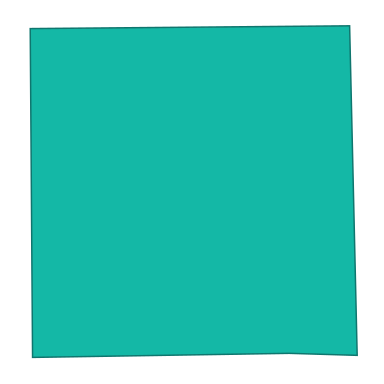 Crawford, Michigan, United States of America, rotated 359°
{"feature_id": "52423323B93401682772599", "entity_name": "Crawford", "entity_type": "district", "adm_level": 2, "iso_a3": "USA", "parent_name": "United States of America", "parent_adm1": "Michigan", "projection": "orthographic", "projection_center": [-84.626, 44.683], "detail": "fine", "context": "isolated", "style": "filled", "palette": "teal", "viewbox_px": 384, "rotation_deg": 359, "n_neighbors": 0, "source": "geoboundaries", "source_scale": "gbopen_adm2", "svg_char_len": 237}
<svg xmlns="http://www.w3.org/2000/svg" viewBox="0 0 384 384"><g transform="rotate(359 192 192)"><path d="M33.1,25.8L29.7,354.6L286.4,355.0L354.3,358.2L352.5,28.6L33.1,25.8Z" fill="#14b8a6" stroke="#0f766e" stroke-width="1.5"/></g></svg>